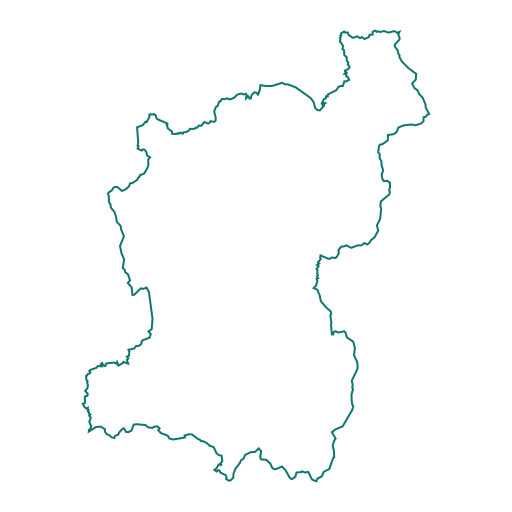 Abrego, Norte de Santander, Colombia
{"feature_id": "7082276B94860374492565", "entity_name": "Abrego", "entity_type": "district", "adm_level": 2, "iso_a3": "COL", "parent_name": "Colombia", "parent_adm1": "Norte de Santander", "projection": "mercator", "projection_center": [-73.149, 8.029], "detail": "fine", "context": "isolated", "style": "outline", "palette": "teal", "viewbox_px": 512, "rotation_deg": 0, "n_neighbors": 0, "source": "geoboundaries", "source_scale": "gbopen_adm2", "svg_char_len": 5982}
<svg xmlns="http://www.w3.org/2000/svg" viewBox="0 0 512 512"><path d="M88.8,431.6L96.2,426.9L100.8,426.7L104.9,429.1L104.9,431.5L106.5,434.0L109.4,435.3L111.6,437.3L114.3,438.0L115.1,435.9L118.4,434.5L119.0,432.5L123.0,428.3L124.1,428.5L126.1,432.0L128.5,432.1L131.5,430.5L133.7,424.6L137.1,424.2L145.6,425.1L148.3,427.4L152.4,427.9L154.1,426.8L157.3,426.3L159.6,428.4L158.2,430.1L160.8,433.0L167.8,435.7L169.3,438.5L173.1,439.5L183.7,437.7L185.1,437.3L184.6,435.5L188.9,434.3L191.9,434.4L197.8,438.9L199.7,439.6L201.1,441.2L202.9,441.1L206.9,443.1L209.5,445.7L213.7,447.1L216.5,453.3L219.1,455.2L221.6,455.7L222.3,461.1L220.6,463.3L221.3,464.7L220.7,465.1L219.4,464.3L218.4,464.9L216.6,468.1L214.4,470.0L216.7,471.5L217.9,470.2L219.6,470.6L220.3,472.5L225.9,475.3L226.6,477.5L226.1,478.9L228.9,480.7L230.7,480.2L233.3,477.7L233.5,473.7L235.4,468.8L240.0,462.8L240.9,460.5L243.5,458.6L245.1,455.0L250.7,452.2L255.1,451.9L258.7,448.4L261.1,451.2L260.2,457.4L261.1,459.4L266.2,459.8L270.3,463.5L271.9,467.3L273.8,469.1L275.9,469.1L281.9,466.5L285.6,470.3L289.7,477.7L291.1,478.9L292.0,479.0L295.3,476.8L296.5,472.5L301.2,472.1L302.0,471.3L305.3,472.6L307.6,471.8L308.4,472.1L312.0,479.5L316.2,481.3L317.5,478.5L321.8,476.4L323.8,471.8L329.3,469.0L333.3,457.6L334.2,457.2L333.9,451.0L332.7,445.6L334.3,440.4L335.6,438.6L331.9,432.2L335.5,429.4L342.7,426.3L352.1,410.2L353.3,406.3L352.3,404.7L351.7,400.8L351.5,394.6L353.0,389.1L352.2,387.6L352.7,385.1L351.8,380.7L357.2,369.5L357.7,366.4L357.1,361.9L354.0,355.3L354.9,347.8L353.2,341.7L346.8,337.3L345.8,333.0L344.2,331.3L338.3,332.5L335.2,331.2L333.6,332.2L333.2,334.5L331.9,334.4L331.0,324.7L331.4,322.4L330.3,315.6L331.1,313.9L330.8,311.5L326.0,307.3L320.8,301.1L319.6,295.1L317.3,289.7L313.7,288.0L316.0,285.6L317.4,281.1L316.6,278.8L318.1,278.2L316.9,276.5L318.0,275.0L317.2,273.6L317.5,270.0L316.5,268.9L318.6,266.3L317.0,265.0L319.2,263.5L318.0,262.3L320.8,258.9L320.1,257.5L320.5,255.4L327.6,258.5L329.7,258.9L331.9,257.5L335.5,258.0L337.2,256.3L338.9,252.9L338.3,250.2L341.3,246.6L343.8,246.5L346.1,245.3L351.3,247.8L357.9,245.3L361.1,245.5L364.4,243.0L367.0,244.5L369.2,243.1L371.2,239.9L374.6,237.3L378.2,230.5L376.9,225.4L380.1,219.0L381.2,208.7L380.3,206.0L380.9,201.3L389.3,194.4L389.9,192.2L389.1,189.9L390.0,187.9L389.9,182.7L387.4,180.9L383.7,181.0L382.4,178.8L381.6,174.4L382.9,171.5L382.9,169.4L381.6,165.7L381.4,161.1L379.6,158.3L379.8,154.2L378.2,152.4L379.0,146.1L379.8,144.8L382.7,144.0L387.8,140.3L388.0,135.0L393.5,134.2L396.5,132.2L398.5,127.4L404.1,125.3L412.0,124.5L415.4,125.3L421.1,123.5L423.5,121.2L423.6,117.2L425.6,116.9L426.9,115.0L429.2,114.0L425.7,107.6L425.6,104.9L422.8,97.8L419.3,94.2L417.3,90.0L414.3,88.0L412.1,83.5L415.8,79.5L416.2,73.9L408.4,68.1L401.8,61.4L399.4,57.0L399.5,55.1L398.3,53.7L397.8,50.6L394.9,46.6L394.7,44.8L399.4,39.6L399.7,38.2L398.3,34.5L399.4,31.9L397.5,32.8L394.2,31.1L388.5,32.6L384.0,31.0L380.1,32.0L378.2,31.3L376.6,31.9L375.6,30.8L374.5,30.7L372.6,32.0L372.6,34.6L369.5,34.8L368.7,37.2L364.4,39.1L361.9,37.0L360.0,38.2L357.3,36.3L353.0,37.9L348.9,35.2L347.6,32.4L345.2,32.7L344.3,31.5L340.9,33.5L341.2,35.3L340.3,35.8L340.7,37.3L339.9,38.2L340.4,39.1L339.8,41.7L341.0,42.5L343.0,46.0L342.5,49.1L344.0,50.1L344.3,55.1L346.8,57.3L346.6,60.3L348.3,62.8L347.8,64.2L349.6,67.1L348.7,68.8L345.0,70.7L345.0,71.6L346.4,72.4L344.6,73.9L346.5,74.2L346.3,76.4L347.8,77.0L349.2,79.8L345.9,81.5L344.4,81.3L342.8,86.0L340.4,86.0L338.5,86.9L336.3,90.2L327.8,94.5L327.7,96.4L326.0,96.3L325.7,98.3L323.8,99.2L321.7,103.4L322.4,104.7L323.8,102.7L325.0,103.1L324.3,103.4L324.0,105.7L319.8,110.4L317.5,110.1L315.1,107.9L313.7,102.2L310.6,98.0L295.6,87.3L287.8,84.3L284.9,84.3L282.2,82.8L272.2,85.9L267.0,86.1L260.4,85.2L259.8,90.2L258.0,94.6L256.5,92.7L254.4,92.3L251.7,94.9L250.8,98.2L250.3,97.6L249.4,98.4L248.1,96.2L246.1,98.2L246.6,94.9L246.0,93.8L243.9,94.5L241.5,93.5L237.1,94.7L234.2,97.7L231.0,99.1L228.7,99.3L226.8,98.3L224.9,99.2L222.0,98.9L220.4,101.4L219.0,101.7L217.8,105.8L215.8,107.2L214.2,111.6L215.7,117.7L215.6,120.7L214.0,121.9L210.4,121.2L209.3,123.2L207.9,123.5L204.4,122.0L201.3,125.7L198.8,125.6L196.9,127.8L195.9,127.7L194.2,128.9L189.9,128.9L189.2,130.3L186.5,131.9L183.4,132.4L182.8,133.7L180.1,132.6L178.7,133.7L177.7,133.2L176.4,134.1L172.0,133.7L172.0,131.6L167.9,128.5L166.5,123.8L167.4,124.1L167.4,123.5L157.6,119.3L156.5,118.3L155.8,115.7L153.9,114.0L152.6,114.6L150.0,114.2L149.2,115.0L149.6,116.5L146.7,122.1L145.6,121.7L142.7,125.2L137.1,127.3L138.2,142.5L137.6,145.7L138.6,146.2L137.6,148.6L141.6,150.6L142.6,149.4L144.4,149.6L146.3,151.9L147.1,155.5L150.0,157.3L148.2,159.5L148.4,165.3L147.1,168.6L144.1,173.6L139.9,175.2L139.5,176.9L137.9,177.9L137.3,179.8L132.3,183.1L130.1,183.3L129.0,186.4L125.8,189.2L122.0,191.0L117.5,187.1L115.3,186.9L113.2,188.0L111.8,190.5L108.6,192.5L108.0,193.6L108.9,196.7L108.9,201.8L110.5,204.6L110.9,207.7L114.3,211.7L115.9,216.2L116.8,222.0L120.6,225.8L121.1,229.3L123.9,236.4L120.0,246.0L121.5,253.2L124.1,259.5L122.7,268.1L124.7,269.8L125.2,272.1L128.1,274.5L130.0,280.4L127.8,282.9L131.6,287.3L132.4,294.9L134.1,294.9L140.7,288.4L143.1,288.9L146.6,287.6L149.0,292.4L152.5,318.8L151.7,329.1L148.5,331.6L150.8,334.0L149.5,337.7L142.7,340.3L141.6,341.4L141.6,342.9L140.6,344.7L138.4,346.0L136.1,345.9L134.4,348.4L128.5,349.8L129.4,351.9L128.9,355.9L126.9,356.6L128.3,358.7L126.9,359.8L128.1,363.6L123.6,361.9L123.4,362.7L118.4,365.6L117.0,361.9L116.0,363.6L114.0,362.5L106.7,363.4L105.7,364.2L105.7,365.8L104.8,366.1L103.5,365.5L102.0,363.0L100.7,364.4L101.6,366.4L97.7,366.1L96.4,367.8L90.6,369.8L89.3,370.9L90.4,372.2L90.0,373.2L87.4,374.3L87.2,375.5L86.1,376.0L86.3,379.6L87.6,381.6L87.1,382.3L87.9,385.1L87.5,388.1L85.2,391.0L87.7,393.6L87.4,395.8L84.8,396.6L85.0,402.9L82.8,403.9L84.6,407.3L86.6,408.5L87.7,407.8L87.4,409.5L88.5,409.8L88.0,411.4L89.0,412.1L88.8,413.5L90.3,414.5L89.2,415.7L90.8,417.7L89.3,421.7L91.2,426.5L90.1,429.3L89.0,429.8L88.8,431.6Z" fill="none" stroke="#0f766e" stroke-width="2"/></svg>